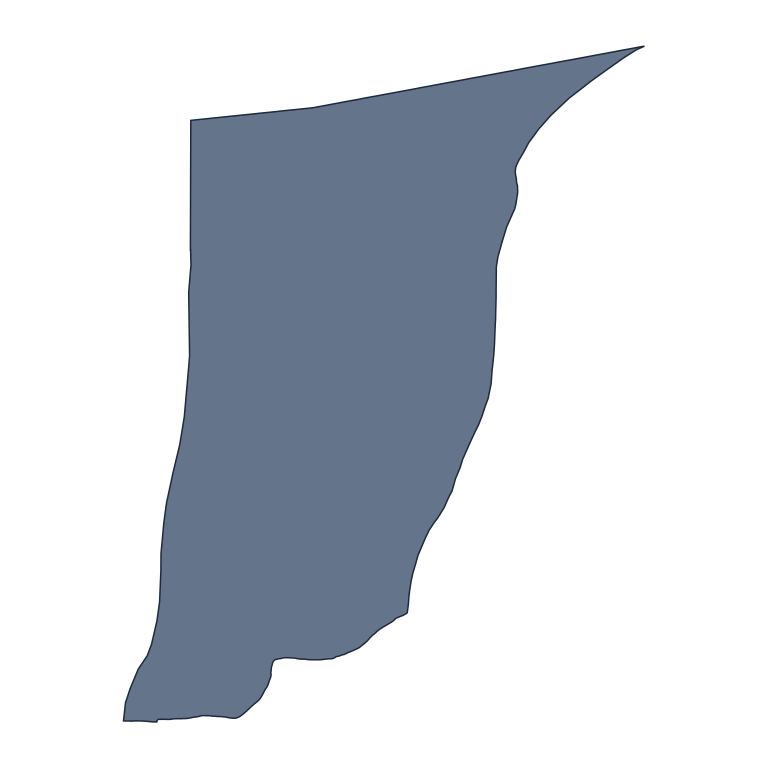 Rumah, Hadramawt, Yemen (orthographic projection)
{"feature_id": "15242507B71600093935687", "entity_name": "Rumah", "entity_type": "district", "adm_level": 2, "iso_a3": "YEM", "parent_name": "Yemen", "parent_adm1": "Hadramawt", "projection": "orthographic", "projection_center": [50.913, 17.827], "detail": "fine", "context": "isolated", "style": "filled", "palette": "slate", "viewbox_px": 768, "rotation_deg": 0, "n_neighbors": 0, "source": "geoboundaries", "source_scale": "gbopen_adm2", "svg_char_len": 5296}
<svg xmlns="http://www.w3.org/2000/svg" viewBox="0 0 768 768"><path d="M497.3,260.7L497.7,258.3L497.9,257.0L501.8,242.9L503.1,238.6L504.4,234.4L506.6,227.1L512.5,213.8L513.5,211.6L514.0,210.5L514.8,208.7L515.3,206.7L516.1,203.3L516.5,200.2L517.1,196.4L517.6,192.8L517.6,192.5L517.7,191.7L517.6,189.1L517.5,187.4L517.5,185.7L517.0,184.1L516.6,182.6L516.4,179.9L516.4,179.2L516.3,178.5L515.8,176.0L515.7,175.3L515.3,172.8L515.3,171.8L515.4,169.9L515.7,167.7L516.4,165.5L517.1,163.9L517.3,163.6L517.7,162.7L518.8,160.4L523.7,152.1L526.4,147.1L528.7,142.7L536.0,132.8L539.2,128.4L540.1,127.5L551.0,115.2L557.8,108.8L569.3,98.0L582.9,87.5L590.8,81.3L607.3,69.4L624.3,57.4L625.0,57.0L634.3,51.1L634.8,50.7L635.8,50.1L639.8,48.2L642.0,47.3L643.3,46.7L643.6,46.5L643.9,46.4L644.4,46.1L644.5,46.1L638.0,47.3L630.1,48.8L622.2,50.2L616.0,51.4L608.6,52.8L602.0,54.0L594.5,55.4L586.5,56.9L578.9,58.3L572.6,59.5L564.4,61.0L559.8,61.8L551.0,63.5L543.8,64.8L537.8,65.9L529.2,67.5L522.6,68.7L515.0,70.2L506.7,71.7L500.3,72.9L493.3,74.2L486.9,75.4L478.9,76.9L472.1,78.1L464.3,79.6L457.4,80.9L450.3,82.2L444.3,83.3L435.8,84.9L428.5,86.3L421.6,87.5L415.6,88.7L406.5,90.4L399.9,91.6L393.0,92.9L385.3,94.3L377.4,95.8L372.2,96.7L364.6,98.1L356.5,99.7L349.6,100.9L342.1,102.3L334.7,103.7L327.7,105.0L321.3,106.2L313.2,107.7L306.0,108.5L299.0,109.2L291.2,110.0L283.9,110.7L277.1,111.5L269.3,112.3L261.9,113.0L254.6,113.8L246.8,114.6L241.9,115.1L232.1,116.1L225.3,116.8L218.5,117.5L211.8,118.2L202.2,119.2L193.4,120.1L191.4,120.3L190.8,120.4L190.4,249.8L190.6,249.7L191.0,265.6L190.8,267.2L189.4,283.9L188.7,292.4L189.2,328.7L189.6,355.8L188.6,367.9L184.3,416.7L182.0,431.0L179.7,444.9L173.0,472.8L172.3,476.1L166.6,502.6L165.9,507.4L163.8,523.1L161.0,553.6L160.9,570.5L159.6,601.7L156.9,621.1L155.6,626.7L151.5,644.4L148.5,652.4L147.2,655.8L138.2,669.2L130.2,688.5L126.5,699.7L125.5,702.6L123.5,720.9L126.2,721.0L128.6,721.0L130.8,721.1L131.5,721.1L133.3,721.0L135.4,720.9L135.9,720.9L137.8,720.9L139.9,721.0L141.9,721.0L143.9,721.1L144.3,721.1L145.0,721.2L146.1,721.3L148.2,721.4L150.3,721.7L152.4,721.9L156.8,721.9L157.1,720.4L157.4,720.1L158.1,719.4L159.5,719.3L161.1,719.3L161.7,719.3L162.6,719.3L164.1,719.3L165.5,719.3L167.0,719.4L168.4,719.4L169.8,719.4L171.2,719.2L172.7,719.0L174.1,718.8L175.6,718.8L177.2,718.7L178.7,718.7L180.0,718.7L181.5,718.7L182.9,718.6L184.3,718.6L185.8,718.6L187.2,718.4L188.6,718.2L190.2,717.9L191.7,717.6L193.3,717.3L194.7,717.1L196.3,716.9L197.7,716.7L199.0,716.4L200.3,716.0L201.7,715.7L203.1,715.6L204.5,715.6L205.9,715.7L207.6,715.7L209.0,715.7L210.4,715.8L211.8,716.1L213.3,716.2L214.7,716.2L216.1,716.4L217.7,716.5L219.2,716.5L220.6,716.6L222.3,716.7L223.7,716.9L225.1,717.0L226.6,717.2L228.1,717.6L229.9,717.9L231.6,718.1L232.9,718.2L234.3,718.2L235.7,718.1L237.0,717.8L238.4,717.2L239.6,716.6L240.9,715.7L242.1,714.8L243.2,714.0L244.5,712.9L245.7,711.8L246.8,710.9L247.9,709.8L249.0,708.8L250.0,707.8L251.2,706.7L252.3,705.7L253.5,704.7L254.7,703.6L256.0,702.6L257.2,701.6L258.4,700.5L259.4,699.5L260.4,698.2L261.2,696.9L262.1,695.4L262.8,694.2L263.5,692.8L264.2,691.4L265.0,689.8L265.9,688.5L266.8,687.2L267.5,685.8L268.1,684.4L268.6,683.1L269.0,681.7L269.4,680.4L270.1,678.8L270.6,677.5L270.9,676.1L271.1,674.8L270.8,672.2L271.0,671.4L271.2,670.0L271.3,668.4L271.5,667.0L271.9,665.7L272.3,664.1L272.7,662.5L273.5,661.2L274.4,660.1L275.7,659.5L277.0,659.2L278.4,658.8L279.7,658.7L281.1,658.5L282.6,658.0L284.0,657.8L285.4,657.7L287.0,657.7L288.5,657.8L289.9,657.8L291.4,657.9L292.8,658.0L294.2,658.0L295.8,658.3L297.5,658.7L299.0,658.9L300.6,659.1L302.3,659.1L303.6,659.1L305.1,659.1L306.7,659.4L308.1,659.7L309.5,659.7L311.0,659.7L312.5,659.8L314.1,659.8L315.7,659.8L317.1,659.8L318.8,659.8L320.2,659.8L321.6,659.6L323.1,659.5L324.6,659.2L326.3,659.1L327.8,658.9L329.2,658.8L330.7,658.8L332.1,658.7L333.7,658.2L335.0,657.5L336.1,656.7L337.5,656.4L339.2,656.0L340.8,655.4L342.4,654.8L344.1,654.5L345.3,653.9L346.8,653.3L348.1,652.5L350.2,651.8L351.5,651.2L353.0,650.6L354.4,650.0L355.6,649.3L357.0,648.8L358.8,647.9L359.9,647.1L361.2,646.0L362.5,645.0L363.6,644.1L364.7,643.3L365.8,642.2L367.0,641.2L368.0,640.1L368.9,639.1L370.0,637.8L371.1,636.7L372.1,635.6L373.2,634.7L374.5,633.7L375.7,632.7L376.8,631.5L378.1,630.5L379.2,629.6L380.4,628.8L381.7,628.0L382.9,627.2L384.1,626.5L385.6,625.6L386.9,624.9L388.3,624.0L389.6,623.2L391.1,622.4L392.4,621.5L393.8,620.4L394.9,619.4L395.8,618.2L396.7,617.9L397.4,617.7L398.8,617.1L399.0,617.0L400.0,616.5L401.5,616.0L402.2,615.7L402.9,615.5L404.2,614.7L404.9,614.4L405.6,614.0L407.3,612.7L407.3,612.4L408.3,604.9L408.7,599.7L408.8,598.1L409.1,594.9L409.9,588.9L410.9,582.5L411.3,580.2L412.4,575.3L412.8,573.3L415.5,564.3L416.3,561.4L418.0,555.4L422.4,545.0L425.5,537.8L429.0,530.4L434.6,521.9L437.3,518.6L440.4,513.7L444.1,507.7L449.2,496.2L452.0,491.1L455.5,478.7L455.9,477.8L460.1,467.7L462.2,460.8L462.6,459.4L464.2,455.9L465.4,453.1L467.0,449.5L470.1,442.5L474.9,432.2L478.7,424.5L479.3,422.9L481.9,416.4L485.0,407.0L485.4,405.7L488.1,398.5L489.4,392.2L490.8,385.4L491.1,384.0L491.8,374.2L492.0,371.7L493.6,356.4L493.8,354.6L494.5,344.0L495.1,328.2L495.6,318.5L495.7,313.6L495.7,313.3L496.1,296.7L496.1,296.1L496.1,290.9L496.3,269.5L496.3,268.5L496.4,266.3L497.3,260.7Z" fill="#64748b" stroke="#1e293b" stroke-width="1.5"/></svg>